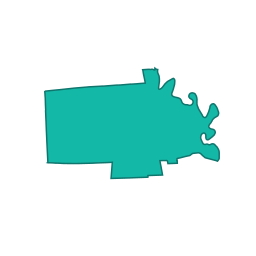 outline of Ion Roata, Ialomita, Romania, rotated 239°
{"feature_id": "2599482B97439944299156", "entity_name": "Ion Roata", "entity_type": "district", "adm_level": 2, "iso_a3": "ROU", "parent_name": "Romania", "parent_adm1": "Ialomita", "projection": "orthographic", "projection_center": [26.762, 44.681], "detail": "fine", "context": "isolated", "style": "filled", "palette": "teal", "viewbox_px": 256, "rotation_deg": 239, "n_neighbors": 0, "source": "geoboundaries", "source_scale": "gbopen_adm2", "svg_char_len": 5415}
<svg xmlns="http://www.w3.org/2000/svg" viewBox="0 0 256 256"><g transform="rotate(239 128 128)"><path d="M162.8,183.6L163.1,183.2L164.2,182.3L165.4,181.9L164.0,180.9L164.5,180.1L164.9,179.9L165.6,179.4L166.3,178.3L166.3,177.8L166.7,177.3L166.8,177.2L167.5,176.2L168.2,174.9L170.4,170.6L169.6,170.4L167.2,169.4L165.6,168.8L164.1,168.3L161.8,167.5L159.0,166.5L157.6,165.9L159.4,162.3L160.6,159.9L161.4,158.2L162.8,155.5L164.2,152.8L164.3,152.8L169.0,143.2L170.6,140.4L176.9,127.8L177.0,127.8L183.6,115.3L183.6,115.2L189.9,102.4L196.0,89.2L199.3,82.3L201.3,78.0L202.4,75.6L202.5,75.6L201.0,74.9L199.6,74.2L198.9,73.8L196.3,72.5L192.9,70.6L191.7,69.9L190.8,69.4L189.7,68.8L188.6,68.2L187.5,67.6L185.6,66.6L185.4,66.3L176.0,61.2L167.5,56.5L167.3,56.4L153.6,49.0L139.6,41.5L139.6,41.3L139.4,41.5L139.0,42.2L137.2,45.0L135.3,47.7L134.0,49.8L132.8,51.6L131.6,53.3L130.7,54.7L128.1,58.9L126.4,61.7L125.7,62.8L124.4,65.0L122.7,67.9L116.3,79.2L114.2,83.1L112.5,86.2L109.5,91.6L107.1,96.1L106.7,96.9L93.5,87.5L84.4,103.7L80.3,111.2L77.9,115.5L75.6,119.7L75.6,119.8L77.0,120.6L70.0,133.2L69.9,133.4L75.2,135.4L76.3,135.8L77.3,136.2L80.4,137.3L83.6,138.5L82.0,141.4L81.0,143.0L80.3,144.3L80.1,144.5L79.5,144.8L76.9,143.9L76.5,144.6L72.4,152.1L74.8,153.4L75.0,153.1L75.6,153.6L76.4,154.2L76.5,154.3L76.4,155.0L76.2,155.5L76.1,155.8L75.9,156.4L75.6,157.2L74.1,162.3L73.4,164.4L72.6,166.7L72.6,167.1L72.7,168.1L72.9,169.8L73.0,170.1L72.9,170.3L72.6,171.0L72.3,171.7L70.8,174.9L70.7,175.1L70.7,175.3L70.4,175.7L69.4,176.6L69.2,176.8L68.9,177.0L65.8,177.8L63.2,178.7L62.8,178.8L54.7,186.7L53.5,187.6L53.6,188.0L54.4,189.8L55.0,190.5L58.3,192.5L59.6,193.3L61.2,194.1L62.0,194.3L62.7,194.4L63.4,194.5L64.1,194.5L64.6,194.5L65.0,194.5L65.4,194.5L65.9,194.5L66.4,194.4L67.3,194.1L67.9,194.0L68.2,193.9L68.6,193.9L69.0,193.8L69.6,193.6L69.9,193.4L70.4,193.0L70.7,192.7L71.0,192.2L71.2,191.8L71.3,190.9L71.4,190.4L71.4,190.0L71.5,189.6L71.6,189.4L71.7,189.1L71.9,188.9L72.0,188.7L72.5,188.4L72.7,188.2L73.2,187.8L73.5,187.5L73.6,187.2L73.9,186.6L74.0,186.1L74.2,185.6L74.4,185.4L74.6,185.0L74.9,184.8L75.1,184.6L75.3,184.5L75.5,184.4L76.2,184.3L76.6,184.3L77.4,184.4L78.3,184.4L79.3,184.6L80.2,184.7L80.9,184.8L81.5,185.0L82.0,185.2L82.6,185.5L83.1,185.9L83.5,186.3L84.4,187.2L84.6,187.8L84.8,188.3L84.9,188.8L84.9,189.2L84.9,189.6L84.7,190.3L84.6,190.5L84.4,190.7L84.1,190.9L83.8,191.1L83.5,191.2L83.0,191.2L82.8,191.2L82.5,191.2L82.3,191.2L81.9,191.0L81.6,190.9L81.2,190.7L80.4,190.2L80.1,190.0L79.5,189.7L78.8,189.5L78.2,189.4L77.9,189.4L77.4,189.6L77.2,189.9L76.9,190.1L76.7,190.5L76.6,190.9L76.6,191.4L76.7,193.0L76.9,194.3L77.1,196.1L77.5,197.6L77.6,198.3L77.9,198.8L78.2,199.2L78.5,199.7L78.9,200.2L79.2,200.5L79.6,200.7L80.3,200.9L81.0,201.0L81.4,201.0L82.0,200.8L82.3,200.7L82.6,200.6L82.8,200.4L83.1,200.1L83.4,199.9L84.0,199.1L84.4,198.8L85.2,198.2L85.6,198.0L85.8,197.9L86.2,197.8L86.6,197.8L86.9,197.8L87.2,197.8L87.5,197.9L87.7,198.0L88.2,198.3L88.3,198.4L88.9,199.5L89.2,200.0L89.6,201.3L89.8,201.8L90.5,203.0L90.7,203.5L91.0,203.9L91.3,204.3L91.6,205.0L91.7,205.3L91.8,205.5L91.9,206.0L91.9,206.3L92.0,206.6L92.1,206.8L92.2,207.1L92.2,210.2L92.2,211.0L92.3,211.1L92.3,211.4L92.6,211.8L92.8,212.2L93.3,212.7L93.7,213.1L94.1,213.4L94.6,213.6L95.0,213.8L97.1,214.2L98.3,214.5L99.2,214.6L100.0,214.7L100.6,214.7L101.7,214.6L102.7,214.6L103.1,214.5L103.9,214.3L104.3,214.1L104.8,213.7L105.1,213.0L105.2,212.5L105.3,212.1L105.3,211.7L105.2,211.4L104.9,210.5L104.6,209.9L104.4,209.6L104.1,209.3L103.3,208.7L101.9,207.2L100.3,205.4L99.0,203.6L98.2,202.4L97.8,201.8L97.5,201.2L97.4,200.9L97.2,200.1L97.2,199.7L97.3,199.5L97.4,199.2L98.1,198.6L98.6,198.4L99.1,198.2L99.6,198.1L100.8,198.3L101.3,198.3L102.6,198.3L104.3,198.3L106.3,198.3L107.9,198.3L110.7,198.8L111.7,199.0L112.7,199.3L113.2,199.5L114.5,200.3L115.7,201.0L116.7,201.7L117.2,202.0L117.8,202.2L118.4,202.5L118.8,202.6L120.1,203.0L122.5,203.1L122.8,203.0L123.1,202.9L123.5,202.7L124.0,202.3L124.3,202.0L124.8,201.5L125.1,201.1L125.2,200.8L125.3,200.6L125.5,200.0L125.5,199.6L125.6,199.2L125.5,198.8L125.4,198.5L125.3,198.0L125.1,197.7L124.5,197.0L124.0,196.5L123.6,196.4L123.1,196.2L122.6,196.2L121.8,196.3L121.0,196.6L120.2,197.1L119.1,197.6L118.2,197.7L117.9,197.7L116.8,197.2L116.3,196.9L115.9,196.3L115.6,195.8L115.3,195.3L115.2,194.8L115.2,194.4L115.2,193.7L115.4,193.0L115.7,192.5L115.9,192.1L117.1,191.1L117.5,190.6L117.8,190.2L118.1,189.6L118.7,188.9L119.4,188.3L119.8,188.1L120.7,187.7L121.2,187.5L121.7,187.5L122.3,187.5L122.8,187.6L123.8,187.8L124.5,187.9L125.2,187.9L125.9,187.8L126.5,187.6L127.3,187.1L127.9,186.6L128.4,186.2L129.7,184.8L130.7,183.8L131.3,183.3L131.8,183.0L132.3,182.7L132.8,182.6L133.0,182.5L133.3,182.5L133.5,182.5L134.4,182.9L135.0,183.3L135.5,183.7L136.1,184.6L136.5,185.1L138.2,187.1L139.2,188.1L140.7,189.7L141.2,190.2L141.8,190.7L143.5,191.9L144.1,192.3L144.7,192.6L145.1,192.8L146.0,192.8L146.6,192.8L146.8,192.7L147.1,192.5L147.2,192.4L147.3,191.9L147.4,190.4L147.4,189.8L147.5,186.5L147.5,185.6L147.3,184.9L147.1,183.9L146.7,182.2L146.4,181.5L146.0,180.6L145.2,178.5L145.0,177.8L144.9,177.2L144.8,176.5L144.8,175.6L144.9,175.1L145.0,174.9L145.1,174.7L145.3,174.6L145.5,174.5L145.9,174.5L146.3,174.7L146.8,175.0L148.4,176.2L149.4,177.0L151.9,179.0L154.1,180.3L155.1,180.7L156.1,181.2L156.7,181.4L157.9,181.6L158.7,181.7L159.5,181.8L160.8,182.2L161.8,182.8L162.8,183.6Z" fill="#14b8a6" stroke="#0f766e" stroke-width="1.5"/></g></svg>